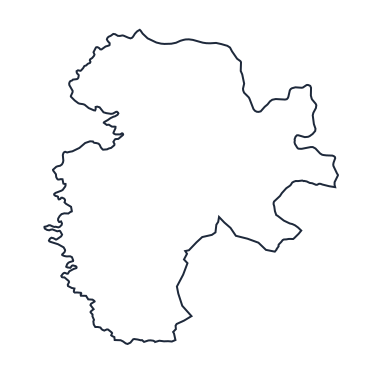 the district of Maseru (Maseru District), Maseru, Lesotho, rotated 95°
{"feature_id": "5366337B82586937750220", "entity_name": "Maseru (Maseru District)", "entity_type": "district", "adm_level": 2, "iso_a3": "LSO", "parent_name": "Lesotho", "parent_adm1": "Maseru", "projection": "equal_earth", "projection_center": [27.512, -29.345], "detail": "fine", "context": "isolated", "style": "outline", "palette": "slate", "viewbox_px": 384, "rotation_deg": 95, "n_neighbors": 0, "source": "geoboundaries", "source_scale": "gbopen_adm2", "svg_char_len": 5961}
<svg xmlns="http://www.w3.org/2000/svg" viewBox="0 0 384 384"><g transform="rotate(95 192 192)"><path d="M302.1,297.7L302.1,293.9L302.6,293.5L304.2,294.0L305.0,293.6L304.7,288.5L308.0,286.0L307.9,281.7L309.0,279.8L309.6,279.5L312.1,282.8L313.5,283.3L317.3,279.8L319.6,282.2L320.3,282.6L320.8,282.5L322.7,280.4L324.6,280.3L327.9,278.5L329.5,279.0L332.6,278.3L334.9,276.6L334.7,273.9L335.0,271.4L336.4,270.2L337.1,269.2L337.7,267.3L336.4,265.0L336.3,263.7L338.8,259.9L339.5,259.3L341.8,260.0L342.5,258.9L343.3,256.7L346.2,256.1L345.9,250.2L346.8,247.8L348.6,244.8L349.0,242.9L347.4,240.2L343.9,237.8L343.5,236.8L343.7,233.2L344.2,229.9L343.9,228.9L345.5,226.7L343.7,222.5L343.4,220.4L343.5,217.7L344.3,215.7L344.6,215.6L343.0,211.6L343.2,206.9L342.7,202.8L342.7,199.0L340.9,195.6L334.5,197.6L333.1,198.6L330.0,196.1L326.6,196.7L324.8,195.8L320.8,188.7L315.7,181.7L306.2,191.8L294.4,196.8L287.5,198.8L275.1,193.6L263.3,190.3L259.9,194.1L254.0,191.6L251.4,193.6L250.3,190.0L241.7,183.1L236.0,177.9L233.0,168.5L230.2,165.1L222.5,164.9L219.5,163.3L214.5,162.9L219.6,157.1L224.4,150.5L231.8,144.5L233.7,132.6L236.7,121.4L243.2,113.3L244.2,104.3L241.9,102.7L241.4,102.7L238.6,101.0L237.3,101.2L236.5,100.8L233.9,98.7L232.0,97.5L231.3,96.3L231.0,94.0L230.3,91.4L230.0,87.1L229.0,86.1L224.3,82.1L220.9,79.8L218.1,83.3L216.2,86.5L215.2,89.3L214.8,91.9L212.5,98.0L208.1,104.9L207.7,106.0L203.9,107.7L199.2,108.8L196.9,109.7L195.3,109.7L194.3,109.4L188.3,104.0L185.3,102.4L180.0,98.4L177.4,95.2L176.4,94.3L173.9,93.0L172.9,91.6L172.0,89.6L171.9,87.4L171.0,83.2L171.4,81.6L171.2,81.1L171.5,78.6L172.7,75.5L172.8,73.0L174.0,69.2L173.9,68.0L172.7,66.1L172.7,64.5L173.2,62.7L174.3,55.7L174.7,49.8L172.5,50.6L169.8,50.8L162.8,48.1L162.1,48.2L161.0,49.1L153.7,53.4L152.2,53.7L150.3,53.5L145.9,52.3L144.8,52.6L144.0,53.7L143.5,55.3L143.8,61.3L143.7,64.4L143.5,65.7L142.4,67.8L137.9,72.8L136.7,75.6L136.9,77.7L139.4,86.4L139.6,89.3L139.4,90.2L138.6,91.1L135.2,93.6L133.5,94.2L131.4,94.1L130.5,94.4L127.8,93.6L126.3,92.3L126.2,91.1L127.5,84.4L126.9,81.2L126.1,79.7L123.7,76.9L120.5,74.6L118.2,74.5L113.7,76.5L105.1,78.4L102.5,78.0L97.6,75.9L94.7,75.7L93.3,76.5L89.4,80.4L88.6,80.9L85.5,82.0L77.8,82.5L76.1,83.4L75.8,83.9L75.3,85.6L75.3,86.5L75.5,87.2L78.3,90.7L78.6,91.9L78.7,98.1L79.9,101.4L80.8,102.6L82.2,103.4L88.8,104.3L90.2,104.8L91.3,105.7L91.8,107.4L92.1,116.7L93.1,120.1L94.9,122.2L98.2,124.4L100.8,127.0L105.7,130.6L106.4,132.7L106.4,134.5L105.6,136.4L104.0,138.0L93.8,143.0L92.7,143.8L88.5,148.8L86.5,149.8L84.7,150.2L79.5,149.5L70.5,152.2L67.2,154.0L58.4,154.5L57.4,155.2L55.3,158.7L48.4,164.4L44.8,166.7L43.3,169.5L42.1,175.6L41.4,181.0L42.3,187.0L42.5,190.7L42.3,194.2L40.4,204.4L40.2,208.4L40.6,211.7L41.2,213.7L42.4,216.8L44.7,220.9L46.1,225.6L46.9,232.4L46.9,235.8L46.2,240.5L42.8,249.6L38.5,255.0L35.8,257.2L35.0,258.2L36.7,260.6L39.2,262.6L42.5,264.3L43.6,265.2L44.3,266.7L43.8,269.0L42.2,273.8L42.1,275.0L42.8,277.4L42.9,279.5L41.5,282.3L41.4,284.2L43.5,286.6L44.6,288.6L45.6,289.5L46.8,290.0L47.5,290.1L49.2,288.9L50.9,287.0L52.7,286.9L53.3,287.5L54.6,290.8L57.8,294.5L57.9,295.8L56.8,296.9L56.0,298.6L56.1,299.7L56.4,300.3L61.3,302.3L63.6,301.1L64.9,301.5L67.2,303.1L68.7,305.0L69.6,305.3L71.2,304.5L72.3,304.9L73.4,307.0L75.1,308.4L75.9,310.2L78.2,311.3L80.7,313.2L81.0,313.8L80.7,316.2L81.7,317.5L83.2,317.2L84.3,316.4L85.0,315.3L85.8,315.0L88.1,315.2L89.1,315.8L89.6,316.6L90.4,320.4L91.2,321.0L92.2,322.9L93.4,323.6L94.8,323.8L96.2,323.5L101.7,319.7L103.1,319.7L107.1,321.1L107.6,320.9L111.0,316.9L113.5,312.9L113.8,311.6L114.0,308.3L114.4,306.6L117.4,302.2L119.2,296.8L119.2,295.6L117.9,295.2L115.7,295.4L115.2,293.9L115.7,291.4L120.3,287.1L120.9,284.2L121.2,279.5L120.8,277.7L118.8,274.7L118.6,273.8L118.9,273.4L119.4,272.6L120.1,272.2L121.6,272.9L123.3,275.3L123.9,276.9L125.5,279.6L127.7,282.2L130.0,285.6L130.7,285.9L132.6,282.8L132.2,280.7L133.8,277.6L133.8,276.0L133.6,274.7L133.7,273.9L135.1,273.8L139.7,275.4L140.1,275.4L140.8,274.6L141.3,273.1L140.9,268.6L139.6,266.8L139.9,266.0L140.7,265.6L141.3,265.8L145.5,270.0L146.0,272.9L146.4,273.4L148.9,274.7L150.9,273.4L152.2,273.5L155.1,276.4L155.9,278.7L156.9,280.3L157.6,284.3L156.9,285.3L155.5,286.7L153.2,288.0L152.0,289.3L151.6,291.4L151.5,293.7L151.1,294.5L150.3,295.1L150.4,298.0L152.5,302.7L157.9,308.0L161.9,314.7L162.7,317.6L163.5,319.8L163.0,321.9L163.5,322.8L164.5,323.5L166.5,323.9L172.0,322.9L173.8,323.1L175.9,324.0L177.3,325.6L178.1,328.2L178.7,329.4L181.9,332.4L182.7,332.2L186.2,329.1L188.9,328.6L190.5,327.6L191.2,326.7L191.2,325.7L190.6,323.8L190.6,322.1L194.8,320.9L195.1,319.8L195.0,318.7L196.1,318.5L197.6,318.8L201.2,321.0L202.0,322.1L204.8,327.9L206.0,329.1L206.6,329.1L207.1,328.8L207.8,327.6L208.1,325.6L208.4,325.1L210.5,324.5L211.0,323.9L210.4,322.6L209.1,321.7L209.0,320.7L209.8,318.7L210.8,317.9L211.8,317.7L213.4,318.1L214.8,316.4L217.3,311.2L221.6,310.0L222.0,310.2L222.3,311.2L224.2,313.3L224.4,317.4L225.4,320.0L227.4,321.7L230.1,323.0L231.7,323.0L233.4,321.9L233.5,321.5L232.7,319.9L234.6,318.8L236.2,319.0L238.2,320.7L238.9,322.1L238.5,324.7L238.8,326.1L238.4,327.9L237.5,330.5L237.6,331.7L238.9,333.8L239.5,335.9L240.3,335.9L241.3,335.4L242.4,333.1L242.6,330.9L241.9,329.6L241.4,327.8L242.9,322.8L242.2,320.5L242.5,319.9L245.3,318.0L245.8,317.7L247.6,318.5L250.8,322.4L251.3,323.3L250.1,326.0L249.8,328.1L251.0,329.5L252.9,330.3L253.6,329.8L254.0,328.6L255.7,320.9L258.3,315.1L260.6,313.5L261.4,313.3L263.1,313.8L265.5,315.9L266.2,315.7L266.9,313.6L267.1,311.6L266.7,307.6L267.4,305.9L270.5,304.4L271.2,304.5L272.5,307.8L273.2,308.9L274.8,310.1L277.4,310.8L278.0,309.6L278.1,306.5L276.0,305.3L275.5,304.3L276.0,301.4L276.6,300.6L277.4,300.4L277.9,300.6L279.0,303.2L281.7,307.3L284.1,308.5L284.3,309.3L283.6,311.7L283.9,312.6L284.7,313.5L287.0,314.9L288.1,314.2L288.3,313.3L288.2,311.6L291.5,307.0L292.4,306.6L295.3,307.7L296.5,307.3L298.1,303.3L298.4,300.7L301.1,301.1L301.8,300.9L302.4,300.0L302.1,297.7Z" fill="none" stroke="#1e293b" stroke-width="2"/></g></svg>